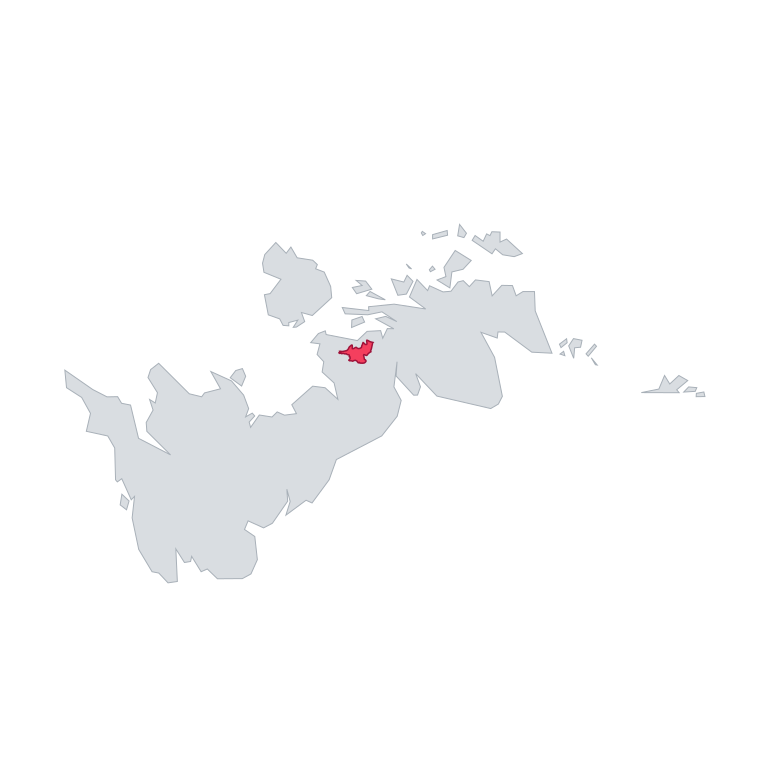 United Kingdom, with East Ayrshire highlighted, rotated 78°
{"feature_id": "GBR-2001", "entity_name": "East Ayrshire", "entity_type": "Unitary District", "adm_level": 1, "iso_a3": "GBR", "parent_name": "United Kingdom", "parent_adm1": "", "projection": "mercator", "projection_center": [-4.337, 55.451], "detail": "fine", "context": "in_parent", "style": "filled", "palette": "rose", "viewbox_px": 768, "rotation_deg": 78, "n_neighbors": 0, "source": "natural_earth", "source_scale": "10m", "svg_char_len": 5183}
<svg xmlns="http://www.w3.org/2000/svg" viewBox="0 0 768 768"><g transform="rotate(78 384 384)"><path d="M409.0,607.5L381.0,625.8L372.2,624.6L361.5,615.3L350.4,616.5L355.0,611.7L345.4,607.4L328.6,613.5L321.4,609.3L316.9,600.1L353.1,576.5L358.6,565.0L355.4,561.4L354.7,544.9L335.8,550.8L349.3,532.5L365.7,523.6L379.9,521.5L387.4,526.2L385.1,518.9L388.4,517.1L393.2,523.8L398.7,523.5L388.4,512.4L393.0,500.4L389.1,494.3L393.8,487.8L394.8,475.8L385.1,478.5L371.3,454.2L375.4,442.4L389.4,432.3L372.6,432.6L359.4,442.0L349.7,438.3L341.2,443.3L331.4,438.3L328.3,447.1L321.0,437.7L319.8,430.4L323.6,430.3L336.0,401.0L329.0,389.6L331.1,376.2L339.0,375.7L330.5,369.2L332.0,362.9L318.5,378.6L318.2,368.3L325.6,358.5L313.0,371.0L312.9,385.5L307.3,407.4L300.5,408.9L309.0,383.6L305.2,383.0L308.0,357.5L319.3,327.6L304.2,341.0L288.6,330.0L301.7,321.9L297.4,319.0L306.2,307.1L307.2,299.2L299.6,290.4L299.4,285.0L306.5,280.3L301.2,272.9L305.7,259.9L320.3,259.9L312.0,248.3L314.4,237.9L325.2,236.4L322.5,228.9L324.9,217.6L343.9,220.9L388.8,213.3L383.6,232.8L358.3,255.1L356.8,261.7L362.6,263.7L353.6,278.4L380.9,270.3L420.7,270.8L427.4,276.3L430.2,284.7L406.8,334.8L380.4,350.9L394.3,348.9L401.8,353.5L401.1,357.3L378.7,370.5L364.9,366.6L388.9,374.9L403.6,370.6L418.3,377.8L434.3,397.0L448.0,446.3L466.3,457.6L485.4,479.1L481.5,484.4L491.9,507.2L479.4,500.2L466.7,500.9L478.6,502.6L497.0,522.1L499.7,531.7L489.6,545.4L497.3,550.7L506.3,542.1L529.5,544.4L542.1,553.6L544.9,563.0L539.9,587.4L528.2,595.3L529.6,601.9L512.6,608.0L517.4,610.1L517.1,616.3L502.0,621.9L534.2,627.2L533.6,636.6L522.1,643.6L519.4,649.9L494.8,658.3L462.6,658.2L442.1,651.4L444.7,655.3L422.1,660.2L424.3,665.2L421.9,666.5L390.6,660.7L377.4,665.0L368.4,685.0L351.7,677.2L334.3,682.5L321.6,695.3L304.1,693.3L328.9,670.0L339.0,657.6L341.0,647.2L348.3,644.7L351.9,636.3L386.1,635.4L409.0,607.5ZM292.3,482.8L271.8,482.4L271.9,476.6L260.1,463.0L249.8,478.2L240.6,477.7L232.6,473.7L223.1,460.4L235.8,452.5L230.7,446.6L242.5,442.7L248.1,428.0L253.3,424.4L257.1,426.9L262.1,419.2L277.5,415.9L288.7,417.2L302.1,439.9L296.9,449.9L306.5,448.6L310.1,457.8L309.7,461.0L303.6,455.0L304.1,464.4L307.3,465.0L305.7,470.5L298.6,472.5L292.3,482.8ZM286.5,230.2L282.3,241.0L274.9,246.9L279.1,251.3L261.8,267.9L257.7,264.0L265.0,257.3L258.5,252.4L260.9,249.5L257.5,246.8L259.5,238.9L269.3,241.0L267.7,234.0L285.2,221.5L286.5,230.2ZM288.2,282.8L288.5,294.3L303.7,299.6L293.3,310.5L291.8,301.1L282.4,301.1L268.2,286.6L281.3,273.0L288.2,282.8ZM443.8,86.2L450.5,98.9L453.9,97.1L445.9,134.1L446.1,116.2L434.0,107.8L443.4,104.5L437.0,93.8L443.8,86.2ZM300.1,352.0L282.7,355.0L288.4,343.4L282.5,338.8L289.6,334.3L300.7,343.4L300.1,352.0ZM347.7,517.7L356.4,523.7L345.9,533.1L340.0,526.2L339.5,519.3L347.7,517.7ZM288.7,376.2L290.0,392.0L283.0,394.9L283.1,384.9L276.9,389.7L279.5,380.6L288.7,376.2ZM388.9,184.1L388.2,190.0L398.3,193.1L385.1,195.4L379.0,189.2L382.4,181.2L388.9,184.1ZM322.0,404.0L314.7,402.1L313.4,391.4L319.4,390.1L322.0,404.0ZM453.5,662.0L447.4,667.2L437.3,663.3L445.4,657.7L453.5,662.0ZM293.9,382.9L290.6,378.4L301.9,365.2L299.5,371.8L293.9,382.9ZM253.7,272.0L257.4,275.4L254.4,281.1L243.6,276.9L253.7,272.0ZM252.2,306.3L248.0,305.4L247.0,290.3L251.7,290.9L252.2,306.3ZM454.2,92.5L450.2,86.6L452.6,78.8L455.9,81.1L454.2,92.5ZM399.3,178.5L396.5,180.1L388.8,169.8L391.3,168.3L399.3,178.5ZM385.2,203.3L381.5,204.1L377.7,196.0L381.7,196.3L385.2,203.3ZM463.0,72.7L461.3,81.3L458.1,80.4L458.3,72.8L463.0,72.7ZM409.1,173.2L401.5,175.8L409.8,171.5L409.1,173.2ZM283.8,315.3L281.7,315.9L278.8,312.1L282.4,310.2L283.8,315.3ZM393.9,201.2L391.3,205.6L389.4,201.5L393.9,201.2ZM275.7,335.4L271.2,337.3L277.2,333.1L275.7,335.4ZM246.8,315.2L244.0,316.1L242.7,314.8L245.6,312.1L246.8,315.2Z" fill="#d9dde1" stroke="#a8b0b8" stroke-width="1"/><path d="M342.2,407.6L342.8,407.6L343.0,407.1L343.0,406.2L342.8,405.5L342.5,404.9L342.3,404.2L342.4,403.5L343.1,403.0L343.9,402.0L344.1,401.2L344.1,400.0L343.6,398.5L342.0,397.8L340.7,396.8L339.6,396.3L339.1,395.8L339.2,395.6L340.4,394.8L341.4,394.1L341.7,393.2L341.7,392.7L340.6,392.1L339.8,392.1L338.9,392.1L338.1,392.0L337.6,391.6L337.9,390.9L338.7,390.0L339.8,388.7L340.7,386.9L341.1,386.1L341.5,386.6L346.7,388.9L348.7,390.1L349.7,390.4L349.8,390.3L350.2,391.5L350.9,392.9L351.4,393.6L352.1,394.3L352.4,394.9L352.4,395.4L352.0,396.0L351.3,396.9L351.1,397.6L351.6,398.0L352.2,398.0L353.1,398.0L354.9,398.0L355.9,398.0L356.4,397.3L357.0,396.9L357.7,396.8L358.2,397.0L358.9,397.9L359.3,398.7L359.3,399.8L359.2,400.6L358.8,402.2L358.5,403.3L358.0,403.5L357.7,403.7L358.0,404.6L357.9,404.8L355.7,405.9L354.9,407.0L354.8,408.4L355.2,409.8L354.3,411.6L354.3,412.5L353.6,413.4L353.0,413.1L352.4,412.1L351.9,411.7L350.5,411.6L350.3,412.2L350.0,412.3L348.7,411.9L348.3,412.1L347.5,413.9L346.6,414.6L346.5,415.9L345.7,417.2L345.5,419.2L344.9,419.7L344.9,420.9L344.4,421.5L344.0,421.5L343.8,419.6L343.3,419.6L343.1,420.5L342.8,420.6L342.8,420.2L343.2,419.1L343.5,418.2L343.6,416.9L343.6,415.9L343.6,414.5L343.5,413.5L343.2,412.8L342.6,411.9L341.6,411.1L340.6,410.3L340.2,409.7L339.8,408.8L339.2,407.9L339.2,407.4L339.5,407.0L340.3,407.2L341.2,407.2L342.2,407.6Z" fill="#f43f5e" stroke="#9f1239" stroke-width="1.5"/></g></svg>